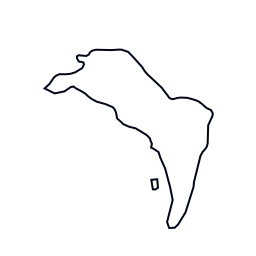 outline of Ōsaka, rotated 300°
{"feature_id": "JPN-1852", "entity_name": "Ōsaka", "entity_type": "Urban Prefecture", "adm_level": 1, "iso_a3": "JPN", "parent_name": "Japan", "parent_adm1": "", "projection": "albers", "projection_center": [135.469, 34.636], "detail": "fine", "context": "isolated", "style": "outline", "palette": "ink", "viewbox_px": 256, "rotation_deg": 300, "n_neighbors": 0, "source": "natural_earth", "source_scale": "10m", "svg_char_len": 1291}
<svg xmlns="http://www.w3.org/2000/svg" viewBox="0 0 256 256"><g transform="rotate(300 128 128)"><path d="M62.0,213.6L66.2,208.8L88.0,202.7L98.0,193.9L103.2,188.7L111.3,180.7L118.4,170.9L122.4,166.5L122.8,160.6L122.6,157.8L126.3,156.6L128.0,154.2L129.9,152.2L131.2,147.8L131.4,142.3L131.5,134.7L129.7,128.5L129.0,122.2L130.9,113.7L135.1,110.2L137.1,107.6L137.6,106.8L137.9,106.0L138.4,104.3L137.4,96.3L135.2,87.9L135.0,82.2L135.5,77.7L136.4,73.7L136.6,69.6L136.3,63.5L136.6,59.9L134.9,58.0L128.0,54.7L121.3,47.2L120.6,36.0L126.9,38.0L134.6,38.6L137.4,39.6L140.4,41.8L143.2,46.9L146.2,51.1L150.0,54.6L157.1,58.4L160.9,58.1L162.4,56.8L161.9,54.4L161.0,52.5L161.8,50.6L163.0,48.8L164.6,48.0L166.4,49.0L169.5,55.8L172.1,57.4L174.3,57.2L177.0,58.3L179.7,61.0L187.3,74.9L191.1,80.5L192.7,83.4L194.0,90.0L192.2,96.5L187.7,110.2L185.5,114.2L184.2,118.1L179.8,136.9L174.7,149.0L174.9,151.4L175.8,152.9L178.7,155.7L180.7,158.4L183.8,164.3L185.7,171.7L186.3,175.8L185.9,179.5L184.6,186.0L185.0,190.9L183.9,192.8L182.7,194.4L180.0,195.2L170.4,196.1L154.5,204.7L151.0,205.6L147.6,205.3L144.8,204.6L140.1,204.7L114.1,212.2L109.8,214.2L83.7,220.0L69.4,219.6L65.0,218.3L62.0,213.6ZM87.3,180.2L94.8,174.1L98.2,178.9L91.3,183.8L88.4,182.4L87.3,180.2Z" fill="none" stroke="#020617" stroke-width="2"/></g></svg>